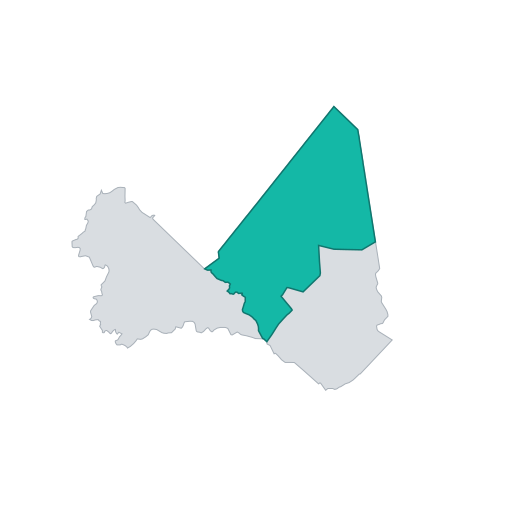 where Timbuktu sits in Mali, rotated 44°
{"feature_id": "MLI-2688", "entity_name": "Timbuktu", "entity_type": "Region", "adm_level": 1, "iso_a3": "MLI", "parent_name": "Mali", "parent_adm1": "", "projection": "robinson", "projection_center": [-3.929, 20.026], "detail": "fine", "context": "in_parent", "style": "filled", "palette": "teal", "viewbox_px": 512, "rotation_deg": 44, "n_neighbors": 0, "source": "natural_earth", "source_scale": "10m", "svg_char_len": 6955}
<svg xmlns="http://www.w3.org/2000/svg" viewBox="0 0 512 512"><g transform="rotate(44 256 256)"><path d="M115.7,368.4L115.8,366.8L114.5,365.6L114.5,365.1L115.2,360.3L115.2,359.1L115.7,356.7L114.9,355.6L114.7,354.8L112.7,351.7L112.1,349.1L111.1,347.4L108.8,346.9L107.9,348.3L107.4,348.6L106.5,347.5L106.2,346.6L106.2,345.8L103.2,341.7L103.4,339.5L104.5,338.3L105.0,336.4L103.9,334.2L104.1,332.1L103.9,329.2L102.2,326.6L101.0,325.5L100.0,323.7L100.8,319.6L99.1,316.1L102.4,317.5L104.0,316.2L105.5,314.4L106.9,312.0L107.5,309.1L107.8,306.6L109.1,302.7L110.7,300.8L114.0,298.1L114.9,298.3L120.3,304.1L123.4,307.1L124.5,308.6L125.5,308.6L127.0,305.8L128.6,303.3L129.3,302.7L134.7,302.4L137.6,302.9L140.1,303.6L143.7,303.8L153.1,301.9L153.2,300.8L153.1,299.4L153.5,298.4L154.3,297.4L155.0,297.2L155.2,300.5L156.0,301.0L158.2,301.1L227.9,301.1L230.9,284.0L225.8,277.8L208.2,94.4L241.3,94.4L247.0,98.5L353.7,179.1L354.2,181.7L354.1,185.3L354.9,186.4L356.5,187.6L362.5,191.0L363.0,191.7L363.3,193.1L364.0,194.9L365.3,195.9L366.8,196.6L368.6,197.2L374.1,197.7L375.3,198.5L377.7,201.7L379.0,202.3L386.4,204.1L388.8,204.9L391.4,206.4L392.8,207.7L392.8,212.7L393.8,215.9L393.8,216.8L392.7,218.1L392.4,219.0L391.1,221.6L391.3,222.6L393.9,224.6L395.2,225.1L396.7,225.1L412.3,221.8L412.9,268.5L412.3,269.2L412.0,277.5L410.9,282.4L409.0,286.0L407.7,291.3L407.0,292.4L406.4,295.5L405.3,297.3L403.3,298.0L399.7,301.4L399.4,304.2L391.0,302.6L390.4,302.7L390.0,303.0L389.9,304.5L368.2,305.4L357.5,306.0L350.9,312.3L346.5,312.9L341.1,312.4L338.3,312.4L337.2,312.7L337.0,313.8L328.3,310.6L325.1,311.6L324.6,311.3L324.2,310.6L322.6,310.2L320.1,310.4L318.4,310.9L312.9,315.8L309.9,317.1L304.4,320.1L300.6,322.6L299.2,323.1L297.1,323.2L295.3,323.7L293.7,329.4L292.6,330.0L286.1,327.7L284.8,328.1L283.6,328.7L280.0,332.1L278.2,334.8L277.2,338.3L277.3,340.7L276.7,341.3L275.0,341.5L272.0,340.8L271.0,341.1L270.6,342.9L270.7,346.7L270.0,349.3L268.2,350.1L266.8,351.2L265.7,351.5L264.8,351.2L259.5,347.3L257.7,346.7L255.7,347.1L253.8,348.8L250.4,352.9L250.8,354.3L251.7,356.0L252.4,358.1L252.4,359.9L247.5,362.6L248.6,364.6L248.5,369.9L246.3,372.3L245.5,373.8L243.3,375.6L241.5,376.5L235.6,377.9L233.2,379.6L232.1,381.0L231.8,382.4L232.0,384.1L233.2,387.6L232.8,390.8L231.9,394.5L230.9,396.1L228.2,398.1L228.6,400.5L228.8,404.0L228.4,408.4L227.5,411.5L226.9,411.2L224.3,411.3L221.4,412.3L220.4,413.0L220.2,414.1L217.8,416.5L216.2,416.3L214.7,415.7L213.9,415.0L213.8,414.7L214.7,412.7L214.8,412.0L213.9,408.6L214.0,407.7L213.7,405.1L210.3,406.1L210.2,406.6L210.6,408.3L210.3,408.6L209.2,408.5L207.6,408.0L205.9,406.5L205.5,406.9L205.3,408.2L205.2,409.6L205.6,412.2L205.2,413.1L202.5,413.0L200.3,413.3L199.7,414.2L199.5,415.3L200.0,416.4L199.9,416.9L199.0,417.6L198.5,417.6L197.3,416.3L192.3,415.1L191.9,413.3L191.4,413.3L189.8,411.2L189.1,411.2L188.6,411.6L186.7,411.4L185.0,413.3L183.7,415.6L182.4,416.7L180.3,417.2L180.7,415.7L180.0,413.7L175.8,411.2L175.1,410.2L174.0,404.4L174.1,402.7L174.4,401.2L174.2,400.1L173.8,399.2L172.5,398.3L171.2,397.9L169.5,399.0L168.6,399.3L167.9,399.2L167.5,398.8L167.5,398.2L169.4,395.1L170.3,393.8L172.1,392.3L172.6,391.6L172.6,391.0L172.5,390.6L171.3,390.0L169.4,388.6L168.4,388.4L167.6,387.8L166.7,385.5L166.3,385.1L165.4,384.9L164.6,384.3L164.7,378.9L162.9,374.8L161.3,369.7L160.4,368.5L159.0,367.4L157.2,366.7L155.5,366.5L153.7,367.1L153.8,367.6L154.8,369.2L154.9,370.2L154.8,371.1L154.4,371.7L151.9,372.2L148.7,374.1L147.6,376.3L146.8,376.6L145.6,376.3L136.9,372.6L133.2,374.2L130.9,377.4L130.3,378.5L129.2,379.4L128.6,379.4L127.9,378.8L125.4,373.9L124.3,372.7L123.0,372.7L121.8,373.5L120.6,375.1L119.0,376.7L118.0,377.1L117.2,376.9L113.7,373.6L113.5,372.9L115.1,369.0L115.7,368.4Z" fill="#d9dde1" stroke="#a8b0b8" stroke-width="1"/><path d="M241.4,94.4L242.8,95.4L244.2,96.5L245.6,97.5L247.1,98.5L249.1,100.1L250.6,101.3L252.1,102.4L253.6,103.5L255.1,104.7L256.6,105.8L258.1,106.9L259.6,108.1L261.1,109.2L262.6,110.3L264.1,111.5L265.6,112.6L267.1,113.7L268.5,114.9L270.0,116.0L271.5,117.1L273.0,118.3L274.7,119.5L276.3,120.7L277.9,122.0L279.5,123.2L281.2,124.4L282.8,125.7L284.4,126.9L286.1,128.1L287.7,129.4L289.3,130.6L290.9,131.8L292.6,133.1L294.2,134.3L295.8,135.5L297.5,136.8L299.1,138.0L300.7,139.2L302.4,140.5L304.0,141.7L305.6,142.9L307.3,144.2L308.9,145.4L310.5,146.6L312.2,147.9L313.8,149.1L315.4,150.3L317.1,151.6L318.7,152.8L320.3,154.0L322.0,155.3L323.6,156.5L325.2,157.7L326.9,159.0L328.5,160.2L330.1,161.4L331.8,162.7L332.1,162.9L332.0,163.1L327.9,178.0L315.8,189.2L307.3,197.0L293.7,204.9L305.5,215.9L314.1,223.5L315.6,225.8L314.8,249.1L311.2,251.0L301.6,256.1L300.2,257.2L301.4,262.7L302.1,265.7L301.8,266.7L302.1,267.6L303.4,267.7L311.4,268.6L317.1,269.2L318.3,269.4L319.0,269.5L319.6,269.9L319.6,272.3L319.6,274.1L319.2,276.8L319.3,282.9L319.4,285.7L319.5,289.1L320.3,293.5L320.5,294.4L320.8,295.8L321.7,300.1L322.1,302.2L323.3,310.1L319.1,310.2L318.5,310.4L318.1,310.7L309.7,308.0L308.0,306.2L306.4,304.9L304.3,303.8L300.7,302.5L298.2,302.7L296.4,302.5L294.9,302.6L291.9,303.1L288.5,304.5L286.2,305.3L284.6,304.9L283.4,303.9L282.4,301.8L280.4,298.0L280.0,296.3L278.2,294.5L277.2,293.3L276.4,293.2L274.9,293.6L272.7,293.8L272.6,292.8L271.9,292.4L271.1,293.1L269.4,295.1L267.7,295.1L266.5,296.0L266.3,296.9L266.4,298.9L265.8,299.5L264.4,300.2L263.5,301.2L261.8,300.9L259.6,301.2L259.6,298.7L259.2,297.3L257.6,295.9L257.0,294.0L255.7,294.1L254.1,294.3L253.6,294.7L252.2,296.3L249.5,296.6L248.1,297.6L243.6,299.3L240.6,299.1L237.6,298.8L235.9,298.9L234.8,298.7L233.3,297.3L232.1,298.7L230.9,299.9L228.0,300.9L228.0,300.7L228.4,298.6L228.8,296.5L229.1,294.4L229.5,292.2L229.8,290.2L230.2,288.1L230.5,286.1L230.9,284.0L231.0,283.4L231.0,283.2L230.9,283.0L230.8,282.9L230.0,282.3L229.2,281.7L228.5,281.1L227.7,280.5L227.0,279.9L226.2,279.4L226.0,279.0L225.9,278.7L225.8,277.8L225.6,275.8L225.4,273.9L225.2,271.9L225.1,269.9L224.9,268.0L224.7,266.0L224.5,264.0L224.3,262.1L224.1,260.1L224.0,258.2L223.8,256.2L223.6,254.2L223.4,252.3L223.2,250.3L223.1,248.3L222.9,246.4L222.7,244.4L222.5,242.3L222.3,240.3L222.1,238.3L221.9,236.3L221.7,234.3L221.6,232.2L221.4,230.2L221.2,228.2L221.0,226.2L220.8,224.2L220.6,222.2L220.5,220.9L220.4,219.6L220.3,218.3L220.2,217.1L219.9,214.1L219.6,211.4L219.3,208.6L219.1,205.9L218.8,203.2L218.6,200.5L218.3,197.8L218.0,195.0L217.8,192.3L217.5,190.0L217.4,188.7L217.1,185.9L216.9,183.1L216.7,181.8L216.5,179.2L216.2,176.6L216.0,173.9L215.7,171.3L215.5,168.7L215.2,166.1L214.9,163.4L214.7,160.8L214.4,158.2L214.2,155.5L213.9,152.9L213.7,150.3L213.4,147.7L213.2,145.0L212.9,142.4L212.6,139.8L212.4,137.2L212.2,135.1L212.1,134.5L211.9,131.9L211.6,129.3L211.4,126.7L211.1,124.0L210.9,121.4L210.6,118.8L210.5,117.4L210.2,114.5L209.9,111.5L209.8,110.2L209.6,108.3L209.4,106.5L209.3,104.8L209.1,103.1L208.9,101.3L208.7,99.6L208.6,97.9L208.4,96.1L208.2,94.4L212.4,94.4L216.5,94.4L220.6,94.4L224.8,94.4L228.9,94.4L233.1,94.4L237.2,94.4L241.4,94.4Z" fill="#14b8a6" stroke="#0f766e" stroke-width="1.5"/></g></svg>